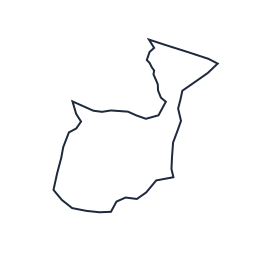 the district of Artemi, Cyprus, rotated 24°
{"feature_id": "46923920B3651826109354", "entity_name": "Artemi", "entity_type": "district", "adm_level": 2, "iso_a3": "CYP", "parent_name": "Cyprus", "parent_adm1": "", "projection": "robinson", "projection_center": [33.718, 35.325], "detail": "fine", "context": "isolated", "style": "outline", "palette": "slate", "viewbox_px": 256, "rotation_deg": 24, "n_neighbors": 0, "source": "geoboundaries", "source_scale": "gbopen_adm2", "svg_char_len": 822}
<svg xmlns="http://www.w3.org/2000/svg" viewBox="0 0 256 256"><g transform="rotate(24 128 128)"><path d="M111.2,38.7L119.3,44.2L116.8,49.7L117.1,53.4L117.5,58.2L121.3,59.8L125.1,62.9L128.5,64.9L129.5,68.7L134.4,73.1L137.5,76.1L140.2,81.5L145.7,86.9L151.9,88.6L150.7,104.0L140.6,112.3L130.5,113.1L121.3,113.1L105.3,118.9L97.7,123.8L89.3,126.3L77.5,126.3L66.5,126.3L75.0,136.3L82.5,141.2L80.9,149.5L75.8,156.1L76.6,171.8L79.2,182.6L81.7,198.3L85.1,214.8L88.6,216.6L96.8,220.6L109.5,223.9L123.8,220.6L136.4,216.5L146.5,211.5L147.4,199.9L154.1,192.5L165.0,189.2L170.9,179.3L175.1,164.4L189.5,154.5L184.4,147.8L180.2,137.1L175.1,123.0L174.3,109.8L173.5,99.9L165.9,89.9L164.2,80.0L162.5,71.8L170.1,59.3L178.5,45.3L183.7,32.7L173.5,32.1L149.9,34.5L128.0,37.0L111.2,38.7Z" fill="none" stroke="#1e293b" stroke-width="2"/></g></svg>